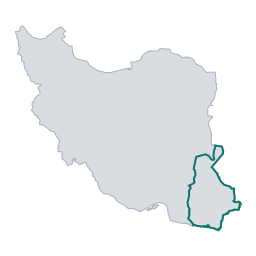 location of Sistan and Baluchestan within Iran
{"feature_id": "IRN-3247", "entity_name": "Sistan and Baluchestan", "entity_type": "Province", "adm_level": 1, "iso_a3": "IRN", "parent_name": "Iran", "parent_adm1": "", "projection": "mercator", "projection_center": [61.271, 28.254], "detail": "fine", "context": "in_parent", "style": "outline", "palette": "teal", "viewbox_px": 256, "rotation_deg": 0, "n_neighbors": 0, "source": "natural_earth", "source_scale": "10m", "svg_char_len": 8326}
<svg xmlns="http://www.w3.org/2000/svg" viewBox="0 0 256 256"><path d="M130.8,62.0L134.1,62.2L140.0,60.1L140.5,59.7L142.3,55.6L144.4,53.8L148.0,51.6L150.3,50.8L158.4,51.1L159.0,49.5L160.3,48.6L169.1,49.1L170.5,50.4L171.0,52.7L178.3,54.8L179.8,55.5L181.6,57.2L183.0,57.7L185.0,56.9L186.1,57.5L188.1,57.0L193.7,59.5L194.5,62.1L195.5,63.3L196.8,64.4L201.3,66.4L202.6,67.6L205.9,72.3L215.0,72.2L215.5,73.3L215.4,75.3L216.0,80.1L215.3,81.9L216.5,83.5L216.3,86.5L216.8,88.5L215.8,91.4L214.7,92.0L215.3,94.6L214.4,97.0L214.5,97.9L213.1,100.0L213.0,100.8L210.4,102.7L212.3,105.5L209.4,105.7L207.6,108.7L208.0,112.3L207.6,114.1L207.8,115.1L208.6,115.8L212.5,116.5L212.6,117.0L208.4,122.1L208.6,124.1L211.6,134.5L211.1,139.6L211.5,144.8L221.3,146.4L222.4,147.7L223.1,150.6L223.0,152.8L222.7,153.9L211.7,167.0L217.3,173.6L217.5,175.0L220.8,181.3L223.9,184.6L229.4,186.3L231.8,188.7L234.1,188.6L233.9,191.8L234.7,198.5L234.0,201.5L235.9,202.1L238.9,201.7L239.9,202.3L240.5,203.4L239.7,204.0L239.8,206.6L239.1,207.1L238.8,209.6L234.4,209.7L230.4,210.7L228.9,211.7L228.0,213.4L226.7,213.2L226.3,213.9L223.4,215.1L222.4,220.1L221.3,221.3L220.4,228.4L219.8,228.5L218.4,229.7L209.6,227.3L208.7,225.6L207.8,225.3L206.6,227.0L202.2,226.0L200.7,226.3L199.8,225.8L197.4,225.8L195.5,224.8L190.7,225.6L187.8,223.8L184.7,223.3L180.9,223.3L177.8,222.0L176.2,222.5L175.4,221.6L170.8,220.8L169.3,217.6L169.2,216.0L168.1,213.2L167.7,209.2L166.7,206.2L164.7,203.8L159.3,202.4L156.6,203.1L154.5,204.5L151.1,205.3L148.5,208.0L146.9,207.8L140.7,211.5L139.4,211.4L134.7,209.0L132.6,208.5L128.4,208.6L126.1,206.9L125.5,205.7L120.0,203.1L116.6,200.8L115.5,198.5L114.0,196.9L110.7,195.6L108.8,194.2L103.7,193.6L100.1,190.1L100.0,188.9L97.9,185.1L97.5,182.2L97.1,181.5L95.3,180.3L95.0,179.5L95.4,177.7L93.0,176.6L92.7,175.7L92.7,172.9L87.1,166.2L86.0,162.5L84.9,162.3L79.9,164.8L78.5,163.4L74.1,161.0L73.5,160.1L74.6,159.6L75.7,160.1L76.3,159.6L76.1,158.8L75.0,158.3L73.5,158.3L73.9,159.1L72.5,159.8L72.2,160.7L72.5,163.5L71.9,164.3L69.6,164.8L68.2,165.6L66.9,164.6L66.5,162.6L65.7,161.3L64.4,160.8L63.5,159.5L62.0,158.9L61.9,151.7L58.0,151.6L58.0,146.1L59.8,140.7L56.1,135.8L54.4,132.1L53.4,131.4L51.5,131.5L45.1,126.4L42.8,125.0L39.8,124.6L39.4,122.9L40.1,120.9L38.7,118.3L38.2,117.5L37.0,117.2L37.0,115.5L35.4,115.6L32.3,111.1L31.4,110.5L33.1,107.0L31.9,104.2L32.6,101.8L34.2,101.9L34.7,98.8L37.5,95.5L40.0,94.1L40.2,93.1L39.7,91.3L38.2,89.1L38.4,87.2L38.9,86.3L41.5,85.2L41.6,84.8L40.4,84.1L35.8,84.1L33.3,81.9L31.0,81.3L29.6,76.4L29.2,75.8L28.1,75.6L27.4,74.7L27.0,71.4L25.4,70.0L24.0,65.0L23.9,63.8L24.4,62.8L21.8,60.6L21.5,57.4L22.0,56.6L19.0,54.2L17.7,54.1L17.6,53.7L19.5,48.5L20.3,47.3L18.6,46.6L18.6,44.0L18.1,41.9L18.3,39.9L17.1,38.4L16.8,37.5L17.2,35.2L16.0,34.1L15.4,31.7L19.6,31.0L20.4,27.3L21.9,25.8L24.6,27.6L28.4,33.6L30.7,35.3L32.4,37.3L40.4,39.4L42.1,38.7L44.9,38.8L48.4,35.2L50.0,34.7L54.1,31.0L59.1,27.6L61.7,27.1L65.5,31.4L63.4,32.7L63.0,33.8L63.3,34.8L65.0,35.9L65.2,37.1L64.6,37.7L62.4,38.4L61.7,39.6L64.2,41.5L65.4,43.2L66.7,43.6L68.7,46.2L71.9,45.8L72.6,52.1L74.4,57.2L77.8,59.4L86.7,61.1L87.6,62.0L89.1,64.8L91.4,66.8L98.2,70.8L105.7,72.6L110.7,72.5L129.1,68.0L130.8,68.0L128.1,69.2L129.1,69.7L131.5,69.7L132.0,69.2L132.1,68.5L130.8,62.0ZM157.4,206.0L156.3,207.6L154.7,208.9L153.4,208.5L148.5,210.5L147.1,210.3L147.0,209.7L152.4,207.5L152.7,206.9L152.4,205.7L154.1,206.2L156.1,205.2L157.7,205.0L158.4,205.6L157.4,206.0Z" fill="#d9dde1" stroke="#a8b0b8" stroke-width="1"/><path d="M220.6,146.3L221.3,146.4L221.6,146.5L221.8,146.7L222.2,147.2L222.3,147.5L222.2,148.1L222.2,148.3L222.3,148.6L222.7,149.1L222.8,149.4L222.8,149.8L222.8,150.0L223.0,150.4L223.1,150.9L223.2,151.1L223.2,151.4L223.1,151.7L222.9,152.1L223.0,152.3L223.0,153.2L222.9,153.2L222.9,153.3L222.9,153.6L222.7,153.9L221.8,155.1L220.3,156.8L218.9,158.5L218.0,159.6L216.7,161.1L216.1,161.9L215.1,163.1L213.3,165.2L212.4,166.3L211.7,167.1L212.7,168.2L213.3,168.9L214.1,169.8L214.9,170.9L215.9,172.0L216.8,173.1L217.0,173.3L217.3,173.4L217.5,173.5L217.6,173.9L217.6,174.2L217.4,174.6L217.4,174.9L217.6,175.2L217.9,175.6L218.1,175.8L218.1,176.3L218.3,176.6L218.5,176.6L218.8,176.9L218.9,177.1L218.9,177.3L219.1,177.4L219.3,177.5L219.2,177.7L219.1,177.8L219.0,178.0L219.3,178.2L219.4,178.3L219.5,178.5L220.0,179.6L220.1,179.9L220.1,180.1L220.2,180.3L220.5,180.7L220.8,181.4L221.2,181.8L222.4,182.9L222.9,183.5L223.6,184.2L224.0,184.6L224.2,184.8L224.9,185.0L225.5,185.3L225.8,185.4L226.6,185.5L227.0,185.5L227.9,186.0L229.5,186.3L229.8,186.5L230.0,186.8L230.1,187.0L230.3,187.1L230.5,187.1L230.7,187.3L230.8,187.6L231.0,187.9L231.7,188.7L232.0,188.8L233.9,188.4L234.1,188.6L234.2,189.0L234.0,190.4L233.8,191.9L234.0,192.8L234.3,194.1L234.4,194.9L234.5,195.9L234.6,196.6L234.7,197.8L234.7,198.5L234.7,199.1L234.1,200.4L234.3,200.7L234.3,200.9L234.3,201.1L234.3,201.3L234.2,201.4L234.1,201.5L233.9,201.5L234.4,202.0L234.6,202.1L234.8,202.0L234.9,201.9L235.0,202.0L235.3,202.1L235.7,202.2L236.0,202.2L236.6,202.1L237.0,202.0L237.6,201.8L237.9,201.8L238.1,201.8L238.9,201.6L239.0,201.6L239.4,201.9L239.6,202.0L239.8,202.1L240.0,202.2L240.1,202.3L240.2,202.6L240.6,203.5L240.4,203.4L240.2,203.4L240.0,203.5L239.8,203.7L239.8,203.8L239.7,204.0L239.6,204.3L239.7,205.8L239.8,206.0L240.0,206.4L240.0,206.7L239.8,206.8L239.3,206.9L239.1,207.0L238.9,209.1L238.8,209.6L238.6,209.9L238.4,209.9L238.2,209.7L237.7,209.8L237.3,209.8L236.8,209.7L235.7,209.7L234.8,209.7L234.0,209.7L233.9,209.7L233.8,209.8L233.7,210.0L233.4,210.2L233.1,210.3L232.8,210.2L232.7,210.2L232.5,210.3L232.4,210.4L232.2,210.5L230.2,210.7L230.0,210.8L229.9,211.0L229.7,211.1L229.4,211.1L229.1,211.2L229.0,211.3L228.8,211.4L228.7,211.4L228.6,211.5L228.7,211.8L228.6,212.1L228.2,212.5L228.2,212.9L228.3,213.2L228.3,213.4L228.1,213.5L227.6,213.4L227.1,213.2L226.7,213.2L226.5,213.5L226.4,213.8L226.3,214.0L225.8,214.0L225.6,214.1L225.4,214.2L225.0,214.5L223.6,214.9L223.3,215.1L223.1,215.5L223.0,215.9L222.9,216.7L222.8,217.4L222.7,218.2L222.6,219.3L222.4,220.2L222.4,220.4L222.2,220.6L221.8,220.6L221.5,220.7L221.3,221.0L221.3,221.5L221.5,222.0L221.4,222.5L221.2,222.8L221.1,223.1L221.0,223.8L220.9,224.9L220.9,226.2L220.8,227.3L220.4,228.4L220.4,228.2L220.1,227.8L220.1,227.7L219.9,227.8L219.9,228.1L220.0,228.3L219.8,228.4L219.6,228.3L219.4,228.3L219.2,228.5L219.5,228.6L219.7,228.8L219.4,229.1L219.4,229.3L219.3,229.5L219.1,229.5L218.5,229.7L218.6,229.9L218.4,230.2L216.4,229.5L215.7,229.4L215.7,229.2L215.5,228.9L213.9,228.3L212.0,228.0L210.4,227.6L209.3,227.4L209.1,227.3L209.3,227.2L209.0,226.8L208.9,226.6L208.9,225.9L208.9,225.7L208.5,225.3L208.3,225.2L208.1,225.2L207.9,225.2L207.1,225.5L206.9,225.6L206.6,226.0L206.5,226.3L206.6,226.5L206.8,226.6L207.0,226.7L207.0,226.8L207.4,227.1L207.2,227.2L206.8,227.1L206.4,226.9L206.1,226.7L205.6,226.7L205.3,226.5L205.4,226.2L205.1,226.1L204.6,226.1L204.3,226.2L204.2,226.2L204.1,226.3L204.2,226.5L204.4,226.6L204.3,226.9L204.0,226.9L203.8,226.7L203.6,226.7L203.2,226.6L203.0,226.4L202.8,226.3L202.4,226.3L201.8,226.4L201.2,226.4L200.8,226.7L200.3,226.6L199.8,226.1L199.3,226.0L197.9,226.0L197.4,226.0L196.5,225.8L195.9,225.3L195.5,225.0L194.8,225.2L193.5,225.4L193.1,225.4L193.1,225.1L193.4,225.0L193.4,224.8L193.4,224.6L193.2,224.5L193.1,224.3L192.7,223.6L192.5,223.4L192.4,223.2L192.1,222.7L191.7,222.6L191.5,222.3L191.4,221.9L191.0,221.3L188.8,219.3L188.4,219.0L188.2,218.7L188.3,218.3L188.5,218.0L188.6,217.9L188.8,217.3L188.9,216.9L188.9,216.1L189.0,215.7L189.2,215.1L189.4,214.8L189.6,214.3L189.5,213.8L189.1,213.3L188.9,212.6L189.2,212.0L189.5,211.5L189.5,211.1L189.2,210.8L189.0,210.5L189.3,209.9L189.6,208.9L189.0,207.6L188.1,206.6L187.9,205.7L187.9,204.9L187.9,204.4L187.6,203.3L187.6,202.0L188.9,196.7L189.1,195.2L189.0,190.6L190.3,188.9L190.7,187.7L190.3,187.0L189.3,186.3L188.9,185.6L189.6,185.2L190.9,184.8L193.6,183.2L194.1,182.8L194.5,182.4L194.5,181.9L194.4,181.4L194.0,180.7L194.0,179.6L193.9,178.7L194.0,177.8L195.0,176.3L195.4,175.0L195.4,173.9L195.0,171.0L194.5,169.8L194.0,169.5L193.7,169.2L193.8,168.1L196.2,156.9L196.6,156.8L205.4,154.3L206.0,154.4L206.4,154.8L206.7,155.0L207.7,155.3L209.2,156.4L211.0,159.0L212.0,159.8L213.6,159.8L214.0,159.6L214.1,159.3L214.2,158.9L213.6,156.3L213.5,155.3L213.8,151.7L214.3,149.7L215.1,147.9L215.2,146.3L215.0,145.5L217.0,145.8L219.3,146.1L220.6,146.3Z" fill="none" stroke="#0f766e" stroke-width="2"/></svg>